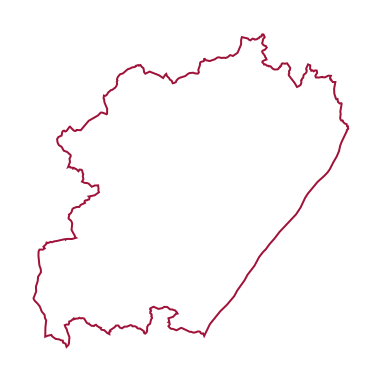 Kilmuckridge Lea-4, Wexford, Ireland (Mercator projection), rotated 3°
{"feature_id": "5873133B64504717779267", "entity_name": "Kilmuckridge Lea-4", "entity_type": "district", "adm_level": 2, "iso_a3": "IRL", "parent_name": "Ireland", "parent_adm1": "Wexford", "projection": "mercator", "projection_center": [-6.406, 52.51], "detail": "fine", "context": "isolated", "style": "outline", "palette": "rose", "viewbox_px": 384, "rotation_deg": 3, "n_neighbors": 0, "source": "geoboundaries", "source_scale": "gbopen_adm2", "svg_char_len": 5707}
<svg xmlns="http://www.w3.org/2000/svg" viewBox="0 0 384 384"><g transform="rotate(3 192 192)"><path d="M133.9,67.9L132.6,68.6L132.3,68.1L131.6,68.1L129.4,68.9L129.5,69.3L128.2,70.2L125.5,70.8L123.7,71.9L121.3,72.8L116.8,77.2L114.0,78.2L112.1,80.7L111.4,82.4L111.2,83.8L111.7,84.6L111.1,86.0L111.6,88.0L111.0,90.0L109.9,91.7L107.1,94.1L105.7,94.5L103.0,97.1L102.0,99.2L100.6,100.4L100.1,100.6L99.0,100.3L98.8,103.2L99.3,103.7L99.9,107.1L102.9,113.3L103.1,118.2L102.7,118.8L98.3,117.4L96.7,117.5L94.1,120.5L85.1,126.3L77.7,136.1L73.4,136.1L72.7,137.1L71.9,137.2L70.5,136.7L66.7,133.1L66.3,133.3L63.5,137.6L62.2,138.2L61.1,137.4L60.0,137.8L59.3,138.9L58.8,142.5L55.7,144.1L54.5,146.3L55.2,149.7L56.6,152.2L59.4,153.7L61.8,157.5L65.0,158.4L68.9,161.5L69.0,162.8L67.9,165.1L68.6,168.4L67.0,173.5L67.8,173.0L68.9,173.3L69.1,173.9L72.4,174.1L72.3,174.7L73.2,174.4L75.1,175.2L77.2,176.6L77.1,176.9L77.5,177.2L78.6,175.5L80.6,175.6L81.5,177.3L81.9,179.1L82.5,179.8L82.1,182.0L82.9,184.8L81.6,187.4L84.3,188.5L87.0,188.6L88.4,189.1L91.6,192.0L94.5,190.6L97.9,190.3L98.5,193.8L98.4,195.6L99.1,197.1L94.9,200.4L89.1,201.9L90.0,202.8L89.9,203.9L89.5,204.9L88.1,205.2L87.5,205.8L86.1,205.9L85.4,206.4L85.2,207.7L85.7,208.5L81.5,210.7L80.2,212.8L77.6,213.0L74.4,214.4L73.4,215.5L72.9,217.9L72.0,219.6L70.3,221.0L70.6,221.8L70.1,224.2L70.2,225.1L72.5,226.8L73.5,228.3L74.0,229.9L73.7,236.2L77.2,241.8L77.7,243.2L78.6,243.8L74.7,245.2L69.8,245.4L68.9,245.6L68.3,246.2L68.0,245.7L66.5,246.0L59.2,248.1L57.3,248.4L54.7,249.5L53.4,249.2L51.3,250.3L50.5,250.2L50.0,250.7L49.4,250.3L48.8,252.0L46.5,254.4L47.9,256.0L46.1,257.3L42.7,257.5L41.9,259.4L42.0,263.8L43.2,271.7L43.6,273.7L44.9,276.6L45.3,279.3L45.3,280.2L42.7,284.8L42.6,289.0L41.1,294.6L41.6,299.5L39.3,306.3L39.7,307.5L40.9,309.1L43.6,311.5L46.0,314.3L48.3,319.4L51.2,322.4L51.8,325.6L53.1,327.8L52.7,334.9L53.0,344.2L55.3,343.1L59.1,342.1L60.0,343.6L63.7,345.9L67.1,346.1L68.7,346.9L70.8,347.2L71.1,349.1L73.7,350.1L74.8,353.2L76.6,351.2L77.0,349.4L77.2,343.4L74.6,337.5L74.1,335.6L72.8,333.8L71.9,331.6L73.6,330.9L75.6,330.8L76.2,329.3L76.1,327.8L77.8,327.1L80.3,324.7L80.4,325.4L83.2,324.4L84.9,324.3L86.2,323.5L87.3,324.0L89.4,323.7L91.0,324.1L93.7,328.1L95.3,328.9L96.0,328.8L96.3,329.4L98.8,330.9L101.2,330.9L101.5,330.3L103.1,329.6L104.4,330.9L105.6,331.4L106.1,331.9L107.7,332.3L107.4,332.6L108.9,334.3L111.7,334.6L114.7,337.3L116.9,338.2L116.6,336.3L117.8,335.5L117.3,334.5L121.9,331.0L123.0,329.4L125.5,329.2L126.9,331.1L129.2,331.8L131.5,330.0L134.2,329.8L137.4,328.2L138.7,328.3L139.7,329.3L141.9,329.0L144.0,329.9L144.3,330.6L145.3,331.2L147.2,331.1L150.9,333.3L151.5,334.0L151.3,335.0L152.6,335.9L153.7,334.9L154.4,333.4L154.3,329.1L155.4,326.9L156.8,326.1L157.1,325.5L157.8,321.4L158.6,320.2L158.6,319.4L157.9,318.5L158.3,317.7L158.0,316.5L157.8,316.6L157.5,315.7L156.6,315.1L156.6,313.9L157.2,313.2L156.8,312.2L157.1,312.0L156.2,311.0L156.6,310.3L159.6,308.6L164.7,310.5L168.5,309.5L170.4,308.1L173.4,308.2L176.1,310.3L178.6,310.4L181.4,311.2L183.1,312.9L182.8,313.1L182.9,313.5L183.7,314.2L182.1,314.7L179.6,317.7L175.1,319.3L176.1,322.9L175.5,323.3L176.2,323.6L176.7,325.4L175.5,327.2L176.7,328.6L178.3,329.7L180.0,329.7L183.8,330.9L188.1,328.3L189.0,328.4L197.0,331.7L198.9,331.7L200.0,332.2L201.9,332.3L205.1,331.0L206.6,330.9L207.5,331.3L208.1,332.5L209.1,333.0L210.4,332.6L211.7,335.1L216.8,323.0L226.5,309.6L232.8,302.8L239.6,293.8L242.4,287.9L249.1,277.4L251.8,271.7L258.3,262.3L262.4,253.5L266.0,248.3L268.9,245.1L272.1,240.1L277.0,233.9L281.4,227.4L297.0,209.0L301.3,201.7L305.2,192.1L307.6,187.8L316.9,175.3L323.6,168.6L326.6,165.0L328.5,161.9L331.5,155.1L334.7,148.9L336.7,143.4L337.5,138.2L338.8,134.1L343.4,123.1L343.4,122.0L344.6,120.9L344.7,120.3L344.3,119.9L344.3,118.3L343.4,118.2L342.9,116.2L341.0,115.6L339.6,114.5L338.6,112.9L339.4,112.1L338.6,112.8L337.4,112.9L336.5,111.8L336.1,110.1L336.4,106.3L335.9,104.0L336.8,96.4L336.6,95.6L334.7,95.8L333.1,94.4L332.4,91.5L331.4,91.8L330.9,91.4L329.0,86.4L328.5,81.5L329.4,74.7L326.8,74.8L325.6,73.5L325.1,72.4L324.5,72.6L323.8,71.1L324.6,68.7L322.0,68.7L318.9,70.5L316.6,70.6L316.2,70.2L312.5,71.1L309.7,71.1L309.1,69.5L310.7,66.4L310.2,64.2L308.3,64.2L307.2,65.1L305.9,64.2L304.8,64.7L304.3,63.6L303.5,63.0L303.4,59.3L301.2,58.5L299.6,62.6L299.7,63.7L300.2,64.2L300.1,66.1L299.4,67.4L297.4,69.1L297.0,72.1L296.1,72.9L295.6,74.6L295.1,74.8L295.5,76.9L295.1,78.7L294.8,79.4L292.8,80.9L291.3,81.6L289.0,78.0L282.7,70.6L282.4,69.2L282.9,68.4L282.5,66.3L283.4,64.9L283.6,62.9L280.2,58.5L278.2,59.0L275.5,58.8L274.7,59.7L274.4,61.4L273.3,62.0L273.3,62.8L272.2,63.5L271.8,64.6L270.4,65.2L268.8,65.3L267.3,65.2L266.0,64.5L263.8,62.3L262.0,62.4L261.8,62.0L260.2,61.9L258.7,60.8L257.3,60.9L257.0,60.2L255.5,58.9L255.6,57.8L257.1,56.8L259.5,55.8L258.7,54.0L258.1,53.6L257.6,52.1L255.2,49.2L254.7,48.3L254.8,47.6L255.6,46.9L257.4,46.1L259.1,43.8L258.0,42.3L257.3,42.3L255.5,41.4L254.3,39.9L255.1,35.5L256.5,33.6L255.2,31.0L254.3,30.8L253.9,31.0L253.9,31.8L253.4,31.9L253.2,33.0L251.6,33.5L250.6,35.0L249.6,35.2L248.9,36.0L246.6,36.5L245.8,35.9L244.4,35.7L242.4,37.5L240.7,36.8L239.8,35.8L233.7,34.7L233.1,37.6L233.3,42.1L230.2,50.6L225.8,54.0L222.9,53.3L220.4,55.6L218.5,56.4L217.1,56.2L214.5,56.6L211.9,56.1L210.3,56.4L207.8,58.3L202.8,60.3L199.2,59.7L197.8,58.4L197.1,58.6L197.2,60.2L196.9,60.7L194.2,61.6L193.4,62.3L193.2,65.2L191.9,69.7L192.6,72.2L191.6,73.5L188.8,73.4L187.0,72.8L183.2,73.4L181.7,74.3L179.2,76.6L174.2,78.4L172.2,79.6L170.6,81.5L170.3,82.9L168.6,84.0L167.0,84.4L165.9,81.9L164.0,80.9L163.2,79.5L161.0,77.6L160.1,75.4L159.3,76.1L157.2,79.7L152.8,77.1L143.4,74.0L139.2,76.3L138.0,75.0L137.0,70.8L135.4,69.8L133.9,67.9Z" fill="none" stroke="#9f1239" stroke-width="2"/></g></svg>